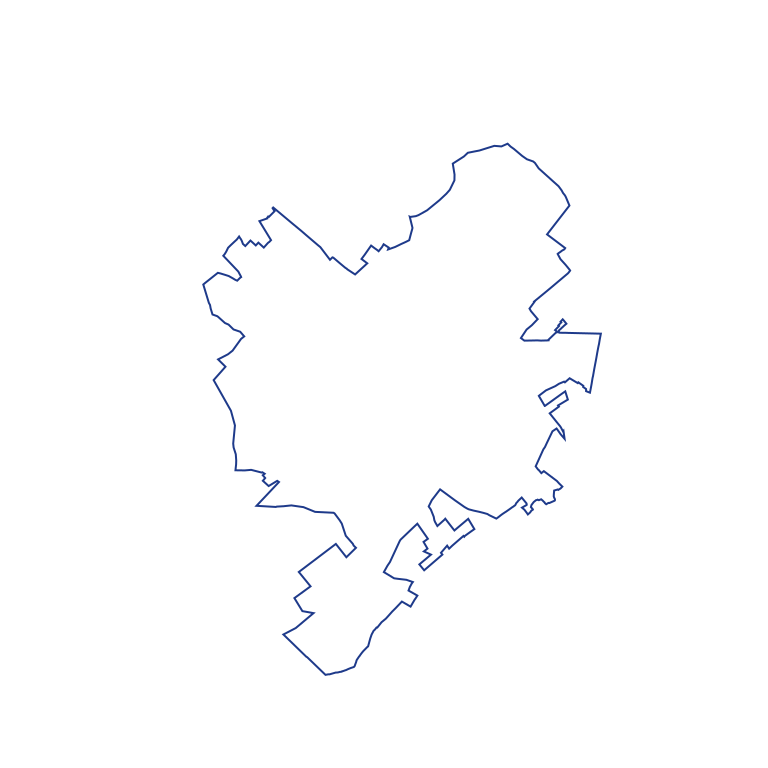 Umán, Yucatán, Mexico (Robinson projection), rotated 37°
{"feature_id": "50627088B93748146703030", "entity_name": "Umán", "entity_type": "district", "adm_level": 2, "iso_a3": "MEX", "parent_name": "Mexico", "parent_adm1": "Yucatán", "projection": "robinson", "projection_center": [-89.729, 20.847], "detail": "fine", "context": "isolated", "style": "outline", "palette": "blue", "viewbox_px": 768, "rotation_deg": 37, "n_neighbors": 0, "source": "geoboundaries", "source_scale": "gbopen_adm2", "svg_char_len": 5973}
<svg xmlns="http://www.w3.org/2000/svg" viewBox="0 0 768 768"><g transform="rotate(37 384 384)"><path d="M486.3,648.6L486.9,648.4L512.3,651.5L513.4,650.3L514.1,649.5L515.2,648.7L519.1,643.5L520.7,642.2L521.4,641.3L522.1,640.4L522.6,640.0L523.4,639.1L523.4,638.7L524.1,637.9L525.2,636.2L525.8,635.4L526.9,633.3L528.4,630.8L529.8,628.8L530.3,627.9L530.3,627.4L530.3,626.8L529.8,625.3L529.1,622.9L528.4,621.2L528.3,620.4L528.2,618.4L528.1,616.4L528.2,616.1L528.1,614.2L528.1,611.9L528.2,609.8L528.7,606.0L528.9,604.3L529.2,603.1L526.2,595.6L525.2,592.5L524.9,591.6L524.2,587.2L524.5,585.9L524.6,582.9L525.2,582.6L525.4,575.7L526.7,570.3L527.0,567.0L527.5,560.8L528.2,555.9L529.2,547.0L539.2,545.8L538.2,537.3L538.3,537.1L538.0,532.9L527.9,534.2L526.8,530.6L526.2,526.6L526.2,524.8L519.7,526.9L512.4,531.2L509.0,533.1L497.1,534.3L496.1,526.9L495.9,522.6L491.1,500.2L490.9,498.4L493.9,480.1L494.7,475.5L512.2,481.2L510.6,486.3L517.8,489.3L516.6,493.7L524.2,492.0L520.8,506.8L528.2,508.6L533.3,485.1L531.1,484.5L531.7,475.1L535.1,476.3L535.8,472.0L538.9,457.5L540.0,457.7L540.0,457.2L539.9,457.0L541.0,453.4L542.3,449.2L543.5,445.5L532.4,441.0L529.2,454.9L528.4,458.6L525.3,457.8L515.8,455.2L514.0,454.7L513.9,456.1L512.1,465.3L507.9,463.5L506.2,462.5L503.6,460.1L497.0,456.1L493.9,455.1L493.4,454.9L492.1,448.1L492.2,434.4L510.7,434.2L522.3,433.8L525.5,433.4L527.0,433.1L531.7,431.2L536.9,428.8L540.7,427.2L544.8,425.6L547.1,425.4L549.6,424.9L554.7,423.9L555.1,422.8L556.0,419.6L556.0,419.4L556.7,417.0L557.2,415.5L557.6,414.4L557.9,413.5L558.2,412.8L559.6,408.5L560.0,407.2L560.6,405.2L561.2,403.7L561.3,403.0L561.7,402.0L561.7,401.5L561.5,400.5L561.4,399.9L561.3,399.3L561.5,398.1L561.5,396.4L562.3,391.8L569.7,393.6L570.7,394.6L570.5,395.3L568.6,399.7L571.8,399.9L575.3,400.9L577.4,401.6L578.0,398.6L577.9,396.6L578.5,394.7L578.0,394.4L575.4,393.9L574.6,391.9L574.6,388.1L574.9,387.0L575.3,385.3L576.1,384.4L576.3,383.9L577.6,383.6L578.9,381.5L580.9,381.6L582.6,381.9L583.3,381.9L584.2,382.3L585.9,382.4L586.9,380.0L587.7,379.5L590.5,374.5L590.4,373.8L589.8,373.1L588.4,372.4L587.3,371.7L586.3,370.3L584.0,366.7L586.2,363.7L586.9,363.7L587.9,361.1L588.2,358.6L583.5,358.0L580.5,357.4L564.1,357.4L563.3,360.5L559.5,359.6L558.5,359.6L554.7,358.5L550.6,340.3L550.5,337.5L549.6,333.3L547.0,320.4L548.6,315.7L550.3,316.2L552.2,316.8L555.2,317.8L557.0,318.2L561.2,319.1L555.6,313.5L555.6,314.2L551.6,312.3L550.3,311.8L544.6,310.4L534.0,307.7L537.3,296.8L535.9,296.4L540.2,285.8L533.2,280.8L531.9,284.7L525.7,304.7L525.6,304.8L514.8,300.3L515.0,299.4L517.2,291.6L522.1,282.6L523.6,278.5L526.4,273.7L527.5,273.8L528.8,267.7L538.2,266.7L538.2,265.7L544.3,265.5L544.8,266.5L548.4,266.4L549.7,268.1L553.0,267.2L553.7,267.0L551.4,262.3L549.9,259.3L549.7,258.9L548.8,257.2L548.1,255.9L546.9,253.6L546.6,252.9L546.0,251.5L545.8,251.2L545.0,249.6L543.2,246.1L542.2,244.1L539.5,238.6L537.7,235.0L535.8,231.3L534.1,227.9L532.5,224.6L531.7,222.8L529.3,218.2L526.9,213.3L499.3,233.1L498.2,233.8L497.7,234.2L496.8,234.9L495.7,235.7L494.6,236.5L493.0,237.6L492.0,237.4L492.1,237.2L492.0,236.9L491.9,236.8L491.9,236.7L491.7,236.6L491.5,236.1L491.6,235.2L492.0,233.4L492.1,232.5L492.3,231.5L492.5,230.6L492.6,229.7L492.8,228.8L493.0,227.9L493.2,226.9L493.4,226.1L489.4,225.1L487.8,224.8L487.5,228.0L488.5,228.1L488.3,229.9L488.1,230.8L488.0,232.2L488.4,232.2L488.9,232.3L488.2,238.0L490.4,238.0L490.9,238.0L491.1,237.9L491.0,238.8L490.4,239.3L488.7,249.8L489.1,250.1L488.6,250.6L483.2,254.9L480.2,256.9L475.5,260.6L470.0,264.9L465.7,264.9L465.1,254.7L466.7,248.1L467.7,239.7L457.6,237.4L454.8,236.2L454.7,227.7L454.3,227.7L459.3,206.9L464.3,185.0L464.4,183.8L464.4,181.4L463.3,181.0L457.1,179.5L449.8,178.1L444.4,175.6L444.6,174.6L445.4,172.3L445.9,170.4L447.0,167.9L446.9,166.4L424.6,166.4L424.2,166.4L424.7,129.9L416.8,125.3L415.1,124.5L412.0,123.7L409.4,122.5L407.1,121.8L404.4,121.0L397.3,120.4L377.8,118.7L371.5,116.6L369.2,116.5L362.9,118.5L357.1,118.7L346.3,118.1L342.2,118.2L338.1,117.7L334.8,123.6L328.8,127.4L323.7,134.5L319.7,140.1L316.7,143.4L311.8,148.9L310.9,154.2L306.3,166.6L314.3,174.3L317.7,179.0L319.7,189.3L319.3,194.4L319.3,194.5L317.7,203.7L313.9,219.3L309.9,228.4L308.4,230.8L304.4,234.8L303.9,234.9L312.7,242.1L313.1,242.8L314.9,247.4L317.6,254.0L315.9,257.4L315.1,258.9L313.4,262.0L312.1,264.6L310.4,267.9L306.3,274.1L305.7,272.2L299.6,272.6L300.0,275.9L299.8,281.2L297.8,281.1L294.6,281.2L291.5,281.2L290.4,281.2L290.8,292.7L290.8,297.7L298.0,297.7L295.0,313.9L285.6,314.5L284.7,314.3L283.4,314.5L275.5,314.1L267.5,313.6L266.6,313.9L266.1,317.3L250.8,313.0L248.1,312.9L231.7,311.9L225.9,311.5L214.7,311.0L189.3,309.7L189.2,310.6L192.6,311.9L191.5,319.8L190.7,319.9L190.7,322.1L191.0,322.2L186.5,328.9L207.2,337.1L206.9,339.6L206.6,340.4L206.4,341.3L205.9,347.4L198.6,346.7L198.2,350.5L191.0,349.8L190.2,357.3L187.0,357.0L184.5,355.4L182.7,354.5L181.3,354.1L179.5,353.4L179.5,357.2L178.9,360.4L178.0,365.6L177.5,369.0L178.3,373.1L178.5,375.0L178.6,376.3L178.5,378.3L198.3,381.6L200.0,381.9L205.4,384.4L205.9,383.8L205.3,385.3L205.0,386.8L204.6,389.8L202.6,390.3L199.6,390.6L195.1,391.2L194.2,391.5L190.8,392.7L188.9,393.4L187.2,394.0L184.4,395.2L180.4,410.7L179.8,413.3L195.3,424.6L197.5,425.6L200.1,428.0L205.2,431.7L210.0,430.2L211.1,430.2L220.3,431.0L224.1,430.1L231.0,431.0L237.7,428.8L243.7,430.1L242.7,434.0L243.0,448.5L241.5,454.2L236.7,464.2L247.0,465.6L245.6,483.4L277.9,497.5L289.9,506.8L299.4,522.3L302.1,525.2L307.9,529.3L312.0,534.0L314.2,537.1L317.3,542.3L324.8,536.8L329.6,532.5L339.5,528.4L340.0,527.7L342.7,527.5L342.1,529.8L345.7,530.6L345.5,534.2L353.3,534.9L357.0,525.6L359.1,525.5L355.5,558.0L371.6,547.3L372.2,546.4L377.3,542.1L383.1,536.7L393.8,530.8L405.9,527.6L421.2,517.2L422.4,517.1L430.6,519.5L434.3,520.9L444.8,528.2L455.3,530.4L457.0,531.3L460.2,531.7L458.2,545.0L441.8,540.7L429.1,585.4L430.4,585.7L447.1,589.8L441.3,608.9L455.5,614.5L465.6,609.4L460.4,632.0L454.4,644.6L486.3,648.6Z" fill="none" stroke="#1e3a8a" stroke-width="2"/></g></svg>